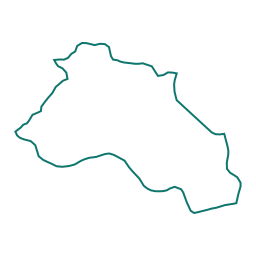 the district of Barra Bonita, São Paulo, Brazil
{"feature_id": "56859067B6944721508308", "entity_name": "Barra Bonita", "entity_type": "district", "adm_level": 2, "iso_a3": "BRA", "parent_name": "Brazil", "parent_adm1": "São Paulo", "projection": "mercator", "projection_center": [-48.547, -22.479], "detail": "fine", "context": "isolated", "style": "outline", "palette": "teal", "viewbox_px": 256, "rotation_deg": 0, "n_neighbors": 0, "source": "geoboundaries", "source_scale": "gbopen_adm2", "svg_char_len": 1431}
<svg xmlns="http://www.w3.org/2000/svg" viewBox="0 0 256 256"><path d="M167.9,72.4L163.5,75.0L157.9,75.9L151.8,66.3L142.7,63.3L138.5,63.8L135.1,63.8L131.2,63.3L124.1,62.5L120.3,61.6L117.2,60.2L113.1,59.6L111.0,56.2L109.0,47.1L104.9,44.1L100.0,43.8L94.6,45.1L86.4,43.1L82.0,43.0L77.2,45.9L75.2,51.5L71.4,53.8L68.1,57.8L64.1,59.6L59.0,59.5L54.2,60.0L56.0,63.3L58.0,66.1L62.4,68.3L66.3,72.6L67.5,78.9L63.0,80.7L55.7,87.0L52.3,93.1L48.2,97.7L45.1,101.6L41.4,106.6L40.9,111.1L37.1,112.9L32.5,114.8L29.1,120.5L27.0,123.3L23.3,124.7L20.8,127.5L15.4,131.6L17.1,135.4L19.9,137.8L23.7,139.3L30.7,141.1L35.3,145.2L38.7,156.3L43.2,159.9L47.8,162.1L51.7,163.8L56.4,166.2L62.1,166.8L69.2,166.0L74.9,164.4L81.0,160.8L85.0,159.1L89.2,157.8L96.2,156.9L105.1,154.0L109.3,153.5L113.9,154.9L119.5,157.9L124.5,160.6L126.6,163.6L129.0,167.2L131.7,170.4L135.9,174.9L139.4,178.6L143.8,185.8L147.3,188.5L150.8,190.3L155.3,191.2L159.1,191.3L163.3,191.1L166.8,190.3L169.9,188.5L174.7,186.8L181.2,189.3L183.2,192.5L186.8,202.3L190.7,210.8L194.1,213.0L197.8,212.2L208.2,209.6L211.5,208.6L216.4,207.7L225.0,205.1L232.6,203.9L236.3,203.2L238.5,193.5L240.6,186.3L240.5,182.6L237.2,177.2L234.1,175.2L230.0,172.7L227.0,168.8L226.8,162.6L228.3,154.4L228.3,150.4L227.3,145.4L224.2,133.8L220.1,134.4L215.5,134.2L211.7,132.4L176.7,100.2L175.7,96.5L174.5,91.4L174.1,84.4L174.7,80.3L176.7,73.4L172.5,72.6L167.9,72.4Z" fill="none" stroke="#0f766e" stroke-width="2"/></svg>